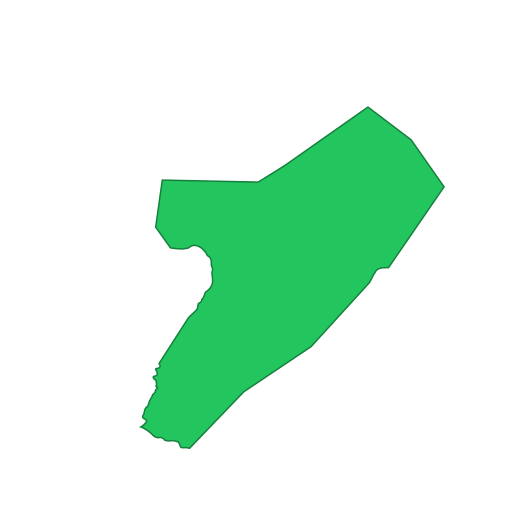 the district of San Agustin, Copán, Honduras, rotated 54°
{"feature_id": "27666195B62722570051096", "entity_name": "San Agustin", "entity_type": "district", "adm_level": 2, "iso_a3": "HND", "parent_name": "Honduras", "parent_adm1": "Copán", "projection": "robinson", "projection_center": [-88.925, 14.809], "detail": "fine", "context": "isolated", "style": "filled", "palette": "green", "viewbox_px": 512, "rotation_deg": 54, "n_neighbors": 0, "source": "geoboundaries", "source_scale": "gbopen_adm2", "svg_char_len": 5758}
<svg xmlns="http://www.w3.org/2000/svg" viewBox="0 0 512 512"><g transform="rotate(54 256 256)"><path d="M253.2,62.2L201.3,77.9L199.7,179.5L197.5,210.8L139.5,287.2L173.7,320.2L199.1,320.4L200.2,319.3L201.2,318.3L201.9,317.5L203.5,315.8L204.6,314.4L205.8,313.0L206.4,312.3L207.0,311.5L207.3,310.9L207.6,310.5L207.8,310.0L208.3,309.1L208.8,308.1L209.4,306.9L209.5,306.6L209.6,306.3L209.7,305.7L209.8,305.5L209.8,305.1L209.8,304.5L209.8,303.7L209.8,303.4L209.9,303.0L209.9,302.7L210.0,302.3L210.1,301.9L210.2,301.6L210.3,301.3L210.4,301.0L210.6,300.6L210.8,300.4L211.0,300.0L211.2,299.7L211.4,299.4L211.6,299.1L211.9,298.8L212.2,298.5L212.5,298.2L213.0,297.8L213.5,297.4L213.9,297.1L214.3,296.9L215.0,296.5L215.6,296.2L216.1,296.0L217.1,295.6L217.7,295.4L218.2,295.3L218.7,295.2L219.3,295.1L220.4,294.9L221.3,294.8L222.9,294.7L223.6,294.7L224.2,294.7L224.7,294.7L225.3,294.8L225.9,294.9L226.2,295.0L226.7,295.0L227.0,295.0L227.4,295.0L227.6,294.9L227.9,294.8L228.3,294.6L228.5,294.5L228.9,294.4L229.2,294.3L229.5,294.3L230.0,294.2L230.8,294.3L231.4,294.3L232.1,294.5L232.5,294.6L232.8,294.7L233.2,294.9L233.6,295.1L234.0,295.3L234.4,295.5L234.9,295.9L235.5,296.4L236.0,296.7L236.5,297.1L237.0,297.4L237.6,297.7L238.1,297.9L238.7,298.0L239.4,298.2L239.9,298.3L240.2,298.5L240.6,298.6L241.1,298.9L241.5,299.2L241.9,299.5L242.3,299.9L242.8,300.6L243.2,301.0L243.6,301.4L243.9,301.6L244.2,301.8L244.8,302.3L245.3,302.6L246.2,303.0L246.7,303.3L249.0,304.6L251.5,306.4L252.7,307.6L253.5,308.9L254.0,309.7L254.4,310.5L254.7,311.2L254.9,311.9L255.0,312.2L255.1,312.4L255.3,313.7L255.5,315.1L255.6,315.7L255.6,316.2L255.6,317.1L255.6,318.3L257.0,320.2L257.8,321.6L258.9,323.5L259.0,323.7L259.1,323.9L259.1,324.2L259.1,324.6L259.2,324.8L259.2,325.1L259.3,325.3L259.4,325.5L259.6,325.6L259.9,325.9L260.0,326.0L260.3,326.4L260.4,326.7L260.6,327.0L260.7,327.5L260.8,328.1L260.9,328.5L260.9,328.8L260.8,329.0L260.7,329.5L260.6,329.8L260.5,330.0L260.5,330.4L260.6,330.5L260.9,330.9L261.1,331.3L261.4,331.6L262.0,332.2L263.0,333.2L263.4,333.6L263.8,334.1L264.2,334.5L264.3,334.8L264.4,335.1L264.5,335.3L264.6,335.7L264.7,336.1L264.8,336.6L265.6,342.5L265.7,343.1L265.7,344.1L265.8,344.5L265.9,345.0L266.3,347.1L286.0,397.6L287.6,397.8L287.9,397.9L288.2,398.0L288.3,398.1L288.6,398.2L288.8,398.4L288.9,398.5L289.0,398.7L289.1,398.8L289.2,399.0L289.3,399.1L289.4,399.4L289.4,399.6L289.4,399.8L289.4,400.2L289.4,400.6L289.3,401.0L289.2,401.3L289.0,401.7L288.7,402.1L288.6,402.3L288.5,402.5L288.5,402.8L288.4,403.1L288.4,403.5L288.5,403.7L288.7,403.8L289.1,403.9L289.8,404.0L290.5,404.1L290.9,404.1L291.2,404.2L291.6,404.3L292.2,404.6L292.7,404.8L292.9,404.9L293.1,405.1L293.3,405.3L293.6,405.5L293.8,405.9L293.9,406.0L294.0,406.3L294.1,406.5L294.1,407.1L294.1,407.5L294.0,407.8L293.9,408.0L293.6,408.5L293.4,409.1L293.3,409.5L293.3,410.0L293.6,410.3L293.9,410.5L294.1,410.6L294.3,410.6L294.7,410.7L295.2,410.7L295.6,410.7L296.0,410.6L296.3,410.5L296.8,410.3L297.1,410.2L297.3,410.2L297.6,410.2L297.9,410.2L298.1,410.2L298.3,410.2L298.5,410.3L298.8,410.5L299.2,410.7L299.6,410.9L300.0,411.1L300.9,411.5L301.2,411.6L301.3,411.7L301.5,411.9L301.7,412.1L301.8,412.4L302.0,412.8L302.2,413.0L302.4,413.2L302.5,413.3L302.9,413.5L303.1,413.5L303.4,413.5L303.6,413.5L303.8,413.5L304.0,413.3L304.1,413.2L304.3,413.0L304.3,412.9L304.5,412.9L304.6,413.0L304.8,413.2L305.0,413.6L305.1,414.1L305.2,414.6L305.3,415.1L305.3,415.3L305.3,415.9L305.4,416.0L305.5,416.2L305.6,416.3L306.0,416.8L306.4,417.2L306.6,417.4L306.9,417.6L307.0,417.7L307.0,417.8L307.3,419.4L307.5,420.9L307.5,421.1L307.6,421.3L308.0,421.8L308.2,422.0L308.4,422.4L309.9,425.6L310.6,427.1L311.0,427.8L311.3,428.3L312.2,429.3L312.7,430.0L313.1,430.7L313.3,430.9L313.6,431.5L313.8,431.8L313.9,432.2L314.0,432.4L314.0,432.7L313.9,433.0L313.9,433.5L314.1,434.3L314.3,435.0L314.7,435.7L314.8,435.9L314.9,436.2L315.2,436.5L315.8,437.3L316.6,438.1L317.6,439.2L317.7,439.4L317.9,439.7L318.1,439.9L318.3,440.5L318.5,440.9L318.7,441.3L319.0,441.6L319.2,441.8L319.5,442.1L319.8,442.3L320.0,442.4L320.2,442.5L320.3,442.5L320.5,442.5L321.1,442.4L321.5,442.3L322.0,442.1L322.4,441.9L322.9,441.6L323.2,441.5L323.4,441.4L323.7,441.3L324.0,441.3L324.4,441.4L324.7,441.4L325.0,441.5L325.5,441.8L325.6,442.0L325.8,442.1L325.8,442.3L325.9,442.5L326.0,442.8L326.1,443.2L326.2,443.6L326.4,444.4L326.6,446.3L326.7,446.9L326.7,447.7L326.7,449.0L326.6,449.8L327.1,449.5L327.9,448.9L328.7,448.4L329.2,448.1L330.0,447.8L330.6,447.5L332.2,446.8L333.9,446.2L334.7,446.0L336.3,445.5L337.1,445.3L337.8,445.1L338.5,445.0L340.1,444.8L340.6,444.7L341.5,444.5L342.0,444.3L342.4,444.2L342.9,443.9L343.3,443.7L343.8,443.4L344.3,443.0L345.0,442.4L345.3,442.1L345.5,441.9L345.7,441.7L345.8,441.5L346.0,441.1L346.3,440.4L346.5,440.2L346.7,439.9L346.9,439.7L347.1,439.5L347.3,439.3L347.6,439.1L347.9,438.9L348.4,438.6L348.9,438.4L349.3,438.2L349.7,438.1L350.0,438.1L350.7,438.2L350.9,438.1L351.2,438.1L351.4,438.0L351.6,437.9L351.8,437.8L352.1,437.6L352.4,437.3L352.8,436.9L353.4,436.3L353.8,435.8L354.2,435.4L354.5,434.9L354.9,434.4L355.2,433.9L355.6,433.1L355.9,432.6L356.3,432.1L356.7,431.6L357.3,431.0L358.0,430.3L358.7,429.7L359.3,429.2L359.6,429.0L360.0,428.8L360.4,428.6L360.7,428.4L360.9,428.3L361.1,428.3L361.4,428.2L361.7,428.2L362.0,428.3L362.5,428.3L363.0,428.4L364.2,428.7L364.6,428.8L364.9,428.9L365.7,429.1L366.0,429.2L366.4,429.2L366.5,429.2L367.0,429.0L367.2,428.8L367.6,428.5L367.8,428.2L368.2,427.7L368.5,427.4L369.2,426.2L369.7,425.6L370.4,424.7L371.3,423.8L371.5,423.5L371.8,423.3L372.1,423.1L372.5,422.8L358.7,345.7L361.7,264.7L344.2,179.8L342.3,175.9L340.2,171.8L339.3,169.4L338.5,167.5L338.3,165.5L338.5,164.2L339.2,162.1L339.8,160.8L340.8,159.2L343.3,155.6L310.6,63.2L253.2,62.2Z" fill="#22c55e" stroke="#15803d" stroke-width="1.5"/></g></svg>